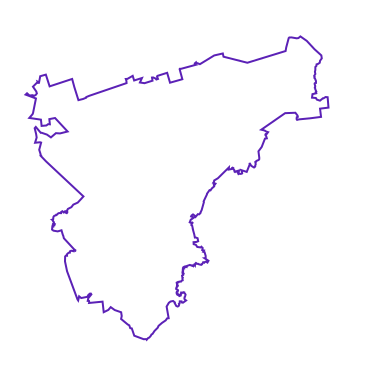 the district of Launkalnes pag., Smiltenes, Latvia, rotated 171°
{"feature_id": "27541924B40793985914328", "entity_name": "Launkalnes pag.", "entity_type": "district", "adm_level": 2, "iso_a3": "LVA", "parent_name": "Latvia", "parent_adm1": "Smiltenes", "projection": "orthographic", "projection_center": [25.917, 57.363], "detail": "fine", "context": "isolated", "style": "outline", "palette": "violet", "viewbox_px": 384, "rotation_deg": 171, "n_neighbors": 0, "source": "geoboundaries", "source_scale": "gbopen_adm2", "svg_char_len": 6011}
<svg xmlns="http://www.w3.org/2000/svg" viewBox="0 0 384 384"><g transform="rotate(171 192 192)"><path d="M259.8,53.2L258.2,54.6L257.0,54.9L255.3,56.3L254.3,57.6L253.2,58.0L250.8,60.6L247.1,63.3L246.0,65.0L242.1,67.4L238.1,69.3L236.3,71.1L234.8,71.0L235.0,82.8L232.2,86.2L230.3,87.2L227.7,87.3L226.2,85.6L226.5,85.0L225.3,81.8L224.0,81.1L222.8,81.7L222.3,82.8L222.4,83.6L221.7,83.9L221.2,85.9L219.4,85.6L219.2,84.4L218.2,84.1L214.8,85.8L216.0,87.1L216.2,87.8L215.8,89.3L215.4,89.5L214.4,91.6L214.8,92.8L215.7,93.6L215.5,94.1L216.3,94.4L216.7,94.0L217.9,94.0L218.4,94.4L218.8,93.8L218.5,93.2L219.7,92.4L219.2,91.9L219.3,91.5L220.8,91.2L221.0,91.6L221.0,92.4L221.5,93.0L222.2,92.6L222.6,92.9L222.8,93.4L222.6,94.0L223.0,94.2L223.0,95.0L222.6,95.8L221.7,95.9L221.7,96.4L221.2,96.9L221.2,97.3L222.7,98.5L222.5,99.1L222.7,99.5L222.1,100.0L221.8,101.0L221.2,101.0L220.6,101.6L220.7,102.1L221.4,102.2L221.2,103.8L220.6,104.3L221.3,104.5L221.3,104.9L219.8,105.4L219.1,105.1L218.6,105.5L216.9,105.2L216.2,106.0L215.1,106.2L215.2,106.7L214.9,107.3L215.0,108.1L214.5,108.8L214.9,109.3L214.9,111.0L213.7,111.6L214.0,112.4L213.5,111.9L213.2,112.4L213.5,112.5L213.4,113.0L214.0,113.2L214.0,114.0L213.4,114.4L213.6,115.0L213.2,115.1L213.0,115.6L213.3,116.3L213.2,117.0L212.7,117.2L213.0,117.6L212.6,118.3L213.1,119.1L212.2,118.6L212.3,119.0L211.7,119.3L211.0,119.0L210.5,119.5L210.0,118.9L209.7,119.2L209.8,119.5L209.3,119.6L209.1,119.6L209.3,119.3L208.9,118.9L208.4,119.8L205.5,120.3L203.8,119.3L203.7,119.6L203.1,119.5L202.6,118.9L202.4,119.3L202.0,119.4L201.9,119.0L201.3,119.7L200.9,119.2L200.9,119.6L200.6,119.5L200.6,119.9L199.9,120.2L199.9,120.8L199.2,121.3L198.1,120.2L197.2,120.1L196.5,119.5L194.3,118.6L193.4,119.0L193.2,119.3L193.4,119.4L192.7,119.8L191.9,120.9L190.9,120.3L190.6,120.7L189.1,121.1L187.8,119.9L186.5,121.5L190.0,124.7L188.8,124.7L188.5,126.8L189.0,130.6L190.3,131.2L189.3,132.4L191.0,133.1L190.2,135.0L191.3,136.5L192.1,135.9L195.4,136.9L196.5,139.3L198.5,140.2L198.3,142.2L195.5,142.0L193.6,142.4L193.7,145.5L195.7,146.6L196.3,146.6L196.4,149.6L197.0,155.1L196.9,155.1L197.1,158.7L197.8,159.4L197.4,160.7L197.1,161.1L196.6,161.0L196.3,161.5L196.7,161.9L197.5,161.5L199.0,162.4L197.6,164.8L194.0,166.5L196.7,168.0L196.2,168.8L194.5,169.7L192.7,167.9L192.3,166.9L189.7,169.2L188.5,168.8L187.0,169.8L186.7,170.4L186.8,170.5L185.3,172.6L181.8,180.2L182.0,180.9L177.6,187.3L177.5,187.9L174.4,191.1L173.5,190.7L171.9,192.4L169.2,194.1L169.3,195.6L168.3,195.7L167.5,196.6L169.6,197.7L168.6,198.8L168.3,199.9L164.3,201.5L151.7,210.5L152.2,208.4L149.2,208.5L148.8,209.4L148.1,209.7L147.4,209.2L147.5,208.0L146.8,207.0L146.8,205.4L146.4,205.0L145.6,205.5L142.1,205.9L142.7,204.6L143.7,204.0L143.2,203.5L143.5,203.0L143.3,202.4L142.1,202.7L141.4,202.3L140.0,202.3L139.5,202.6L139.5,203.9L139.9,205.9L134.8,203.3L130.8,210.0L130.6,211.7L129.4,208.6L126.9,206.5L126.2,206.8L125.5,207.5L125.5,208.1L124.7,209.5L124.8,211.7L123.9,211.9L123.6,212.6L121.2,213.2L120.5,213.8L120.2,215.2L120.0,221.8L116.1,225.6L111.6,233.3L109.7,233.3L110.0,235.6L110.6,236.8L110.5,237.3L110.2,237.7L109.3,237.5L107.5,239.2L109.4,240.2L110.7,241.4L113.8,242.7L87.7,255.3L77.5,254.1L75.8,251.0L75.7,249.7L76.8,249.5L77.0,248.9L77.1,248.1L77.3,247.8L76.9,246.8L75.1,247.0L63.5,246.3L52.8,246.0L52.5,254.3L44.0,254.0L43.2,264.4L45.2,264.9L47.5,263.9L48.0,264.1L51.3,262.2L54.2,263.7L55.0,265.5L58.7,266.4L57.7,269.8L53.9,270.1L54.2,271.2L53.5,271.6L54.2,274.4L54.1,275.5L54.4,275.8L53.7,277.3L54.0,279.6L53.8,280.1L53.1,280.5L52.5,280.4L52.2,282.2L52.8,285.0L53.3,285.6L52.8,286.7L53.2,287.5L51.7,289.3L51.8,291.5L51.1,293.2L50.6,296.2L49.4,297.1L49.0,298.6L47.5,298.8L45.6,299.7L45.0,301.6L42.9,303.7L42.9,306.7L48.7,313.9L55.0,323.3L60.6,328.7L62.8,327.4L64.5,327.4L69.5,329.1L71.7,329.4L72.4,328.9L76.3,320.1L77.5,316.6L117.1,311.0L139.7,320.7L139.9,324.0L148.7,323.4L164.2,317.0L166.5,318.4L167.7,318.6L167.8,319.4L169.1,318.6L168.9,318.0L169.4,317.5L168.6,317.0L183.4,315.4L184.8,315.6L185.0,315.3L183.9,304.9L196.6,303.4L197.9,313.6L208.0,312.1L208.5,311.4L207.9,309.0L209.6,308.7L210.3,309.8L212.4,311.2L213.6,311.3L213.6,308.1L221.9,306.9L226.3,308.3L223.6,312.4L231.7,311.2L232.4,316.0L238.2,313.8L239.7,314.0L239.4,312.0L239.6,309.8L278.3,303.1L281.6,302.3L281.8,301.7L285.1,300.9L289.8,300.5L291.8,314.0L292.7,322.4L316.1,318.6L318.0,330.8L323.8,330.1L325.9,324.2L327.3,325.2L327.1,323.9L328.2,324.1L332.6,320.9L330.1,315.7L329.8,313.6L331.3,312.2L332.8,311.8L334.5,312.6L337.4,312.7L339.5,315.3L341.1,314.2L331.5,308.8L336.6,295.0L337.3,293.8L341.1,290.6L329.9,287.1L330.2,280.8L325.4,280.5L323.5,281.5L321.8,281.1L321.5,286.3L315.7,286.5L305.4,271.2L313.2,270.5L317.2,271.4L322.8,268.0L326.3,271.4L331.4,274.1L332.1,274.1L336.1,280.7L337.4,279.6L336.9,273.8L336.9,270.1L339.3,265.2L334.3,264.9L333.3,264.4L336.3,257.6L335.6,252.7L335.9,252.2L335.4,251.5L335.7,251.3L331.4,245.1L299.9,204.6L306.5,199.4L311.2,198.1L313.5,195.9L317.2,194.7L318.1,193.6L318.4,191.2L319.0,190.7L320.4,191.6L319.9,192.8L320.7,192.8L322.0,191.9L323.1,193.3L324.4,192.7L324.6,191.6L326.7,192.0L327.9,191.6L328.7,190.8L329.7,190.8L329.9,190.3L331.8,190.0L332.8,189.0L333.4,186.8L334.3,186.6L334.0,186.4L334.2,185.9L333.7,185.1L333.7,184.5L333.2,184.0L333.1,182.6L334.1,182.3L334.0,181.9L332.6,181.6L333.2,180.5L334.8,181.0L335.1,180.4L334.8,179.5L335.4,179.5L336.1,176.8L334.9,175.5L330.8,174.1L326.9,174.6L326.3,169.9L326.0,168.9L325.8,166.4L317.4,153.8L316.3,152.7L316.5,152.2L318.1,152.8L318.4,152.6L318.4,152.1L320.5,152.9L321.8,152.5L322.1,151.2L323.4,151.3L325.3,150.0L325.4,148.6L326.7,148.8L327.4,148.1L328.3,143.3L327.8,133.3L321.9,103.8L321.4,102.7L319.8,106.6L318.0,104.6L312.8,104.8L311.6,105.0L310.5,106.5L308.8,107.6L307.8,107.5L307.4,106.6L311.1,103.3L312.0,100.8L310.8,100.6L310.7,99.2L311.0,98.5L297.5,97.7L298.0,87.1L293.1,88.6L290.3,91.0L286.8,87.5L280.8,84.3L280.8,80.5L281.9,77.7L276.2,71.2L274.8,70.1L274.3,67.2L272.8,66.7L271.5,59.1L262.8,54.2L260.0,53.8L259.8,53.2Z" fill="none" stroke="#5b21b6" stroke-width="2"/></g></svg>